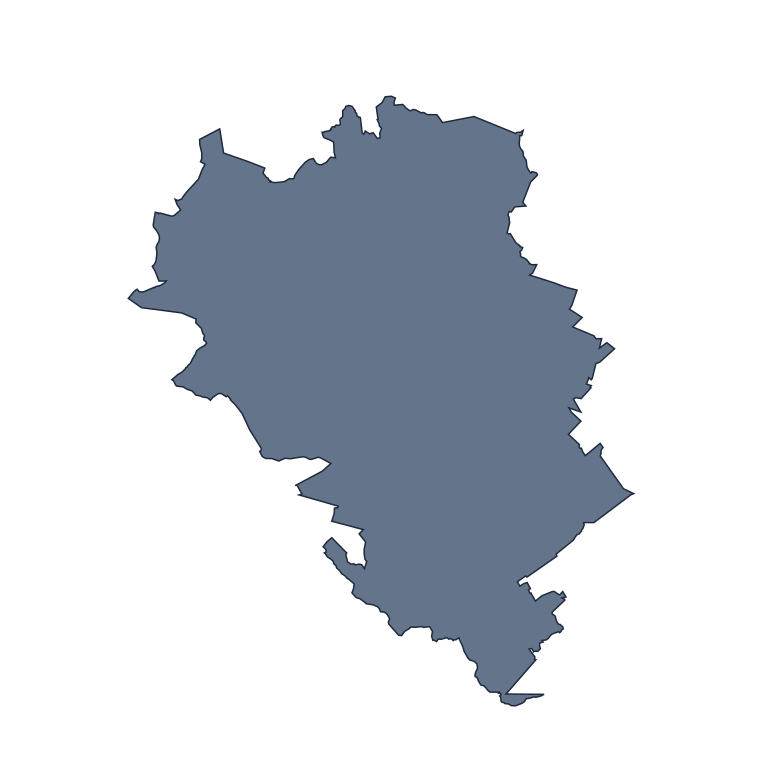 the district of Singuilucan, Hidalgo, Mexico, rotated 194°
{"feature_id": "50627088B74262052277311", "entity_name": "Singuilucan", "entity_type": "district", "adm_level": 2, "iso_a3": "MEX", "parent_name": "Mexico", "parent_adm1": "Hidalgo", "projection": "orthographic", "projection_center": [-98.495, 19.998], "detail": "fine", "context": "isolated", "style": "filled", "palette": "slate", "viewbox_px": 768, "rotation_deg": 194, "n_neighbors": 0, "source": "geoboundaries", "source_scale": "gbopen_adm2", "svg_char_len": 6171}
<svg xmlns="http://www.w3.org/2000/svg" viewBox="0 0 768 768"><g transform="rotate(194 384 384)"><path d="M326.8,162.2L324.9,161.0L321.6,157.4L322.3,154.4L321.3,152.2L309.1,143.8L306.1,144.1L304.0,149.1L300.1,152.9L299.5,154.6L294.5,155.6L288.6,157.8L287.0,157.3L281.1,159.6L277.1,155.7L276.8,150.9L274.6,147.1L273.6,147.6L270.7,146.8L269.6,149.7L267.0,150.0L261.5,153.2L259.3,152.1L258.0,153.0L256.8,152.9L254.8,151.8L254.2,152.7L252.4,153.2L250.1,155.8L243.9,148.1L241.6,144.0L236.4,138.5L233.6,136.8L229.8,136.9L226.1,134.9L224.8,131.9L224.6,129.9L225.4,126.4L225.2,122.7L222.0,120.9L220.5,118.6L217.3,115.4L213.6,115.2L208.5,111.5L206.8,110.7L197.7,112.8L198.0,111.8L196.9,112.2L195.2,111.1L196.3,109.3L195.0,108.2L193.7,104.6L192.7,103.7L190.3,103.8L189.5,103.2L185.3,103.6L182.7,102.7L178.5,103.6L172.9,107.5L171.1,109.5L169.7,113.1L165.9,114.7L163.2,116.6L161.1,116.7L156.3,119.2L153.6,121.6L190.6,112.7L169.9,153.2L171.3,153.3L171.5,155.6L179.1,161.9L177.2,163.0L176.3,162.8L174.1,160.5L174.0,160.9L170.1,161.8L168.2,165.0L169.8,167.8L170.2,170.4L167.2,172.0L168.7,173.3L164.8,174.9L163.2,176.6L161.2,181.0L160.2,182.2L154.6,186.0L153.6,185.1L153.1,185.5L152.3,186.9L152.1,188.4L150.8,189.8L151.8,191.6L154.9,193.3L156.4,193.1L157.8,194.2L159.4,195.9L161.8,200.3L165.2,201.6L165.7,203.2L156.3,217.9L156.6,218.8L159.5,219.4L155.9,221.4L160.4,225.9L162.4,222.1L164.0,222.1L168.7,223.9L170.5,223.3L179.5,216.8L184.6,210.0L190.9,216.8L191.7,216.2L192.9,217.7L194.1,219.3L192.4,220.9L197.1,226.0L199.8,224.3L203.3,220.8L206.7,224.4L200.2,232.0L198.6,231.2L174.6,258.8L175.7,260.8L162.5,278.3L161.3,282.2L159.9,285.0L158.4,285.7L157.6,287.8L156.7,288.8L157.0,290.6L156.1,291.6L155.7,295.8L156.8,297.8L146.8,300.3L117.6,336.3L115.2,338.0L126.3,340.3L156.9,366.6L156.5,369.2L157.4,372.1L156.1,375.4L159.9,378.7L171.3,363.2L174.8,366.3L176.9,369.5L178.2,369.1L179.2,369.8L179.8,372.5L192.9,379.8L184.0,395.6L195.4,402.0L198.8,405.6L186.2,404.4L196.6,415.2L194.6,417.2L189.2,417.5L182.3,430.3L183.3,430.8L182.4,432.6L187.5,432.9L186.8,439.7L184.0,438.2L183.3,439.5L183.3,455.1L180.1,457.2L168.8,474.0L177.8,478.0L183.7,470.9L183.8,480.7L189.2,479.2L191.9,481.5L214.7,485.0L207.8,496.5L222.1,501.5L220.8,505.7L219.4,521.8L231.6,521.9L243.5,523.3L269.0,524.9L266.6,527.7L264.7,536.8L269.8,535.4L271.3,536.1L272.2,535.8L272.8,537.1L275.6,539.1L279.0,540.4L280.2,540.2L282.4,540.9L282.8,542.9L284.2,545.2L282.9,546.9L282.5,550.0L285.6,550.3L285.6,551.1L290.0,552.8L297.9,560.5L299.2,559.7L301.1,560.3L301.1,571.2L302.4,573.8L302.8,575.7L304.7,578.2L304.2,581.7L302.1,581.7L299.9,587.5L289.4,591.0L293.3,593.9L290.6,615.4L285.7,623.7L285.9,624.6L287.6,625.9L291.9,625.8L292.1,624.7L292.9,624.3L296.0,627.1L297.8,629.3L300.2,635.6L303.8,638.8L305.3,643.1L308.4,645.5L310.0,647.6L310.9,649.8L311.9,655.9L312.6,657.6L310.7,658.2L310.4,658.8L310.4,663.7L312.4,661.4L316.0,660.2L316.8,658.9L361.4,665.3L390.4,651.8L397.8,658.1L407.5,655.8L410.4,656.9L412.1,656.9L413.1,656.0L419.0,657.5L422.0,657.5L424.4,655.5L426.0,655.7L429.5,657.2L433.4,659.8L441.4,657.0L442.5,659.6L442.1,664.2L446.4,665.0L452.3,663.0L453.9,656.6L458.5,650.9L453.8,639.4L454.6,638.9L451.9,635.6L451.0,633.5L448.3,631.4L448.8,626.1L447.3,622.2L449.8,620.6L455.5,625.3L458.4,623.2L463.4,624.9L464.0,621.5L465.9,622.3L471.4,636.8L472.3,637.1L473.2,636.7L473.8,637.3L474.9,637.4L476.1,640.1L477.3,640.5L478.2,641.8L478.0,642.2L482.3,645.7L485.9,645.7L488.3,644.0L488.5,641.7L490.1,639.6L490.2,638.9L488.7,633.5L490.6,630.6L490.7,629.5L489.3,626.2L489.4,624.8L491.4,623.7L492.9,623.8L493.6,623.2L493.9,621.4L494.5,621.5L494.5,621.8L496.6,620.8L497.5,618.2L496.9,618.2L497.7,616.8L502.9,614.4L503.0,613.8L505.0,613.3L503.3,610.1L501.5,608.4L495.2,607.6L491.3,606.4L488.5,596.8L485.8,591.7L490.6,591.2L493.6,585.1L497.8,581.5L500.2,581.0L503.6,582.1L507.1,585.7L510.9,583.7L514.0,580.2L518.6,571.6L521.1,564.7L521.1,561.8L521.7,561.1L525.4,560.4L529.3,556.6L531.5,555.4L539.0,552.9L543.5,552.6L542.9,553.4L545.8,554.5L546.0,555.4L548.4,556.3L552.4,559.4L551.9,564.7L570.3,567.0L595.5,569.3L605.1,591.8L622.1,576.7L620.6,571.7L616.6,563.9L615.3,558.4L615.8,555.3L610.8,553.9L612.3,548.0L613.6,537.8L621.6,523.2L624.5,516.6L624.7,515.0L628.4,512.1L631.3,512.7L628.4,508.3L623.4,503.6L628.4,496.7L630.4,495.5L642.9,495.7L644.0,494.6L644.9,495.5L647.5,495.3L646.4,482.2L645.4,480.4L642.0,478.0L638.2,473.9L637.1,471.0L636.9,467.7L638.0,464.2L638.1,461.3L636.0,456.2L635.0,448.2L635.7,444.7L637.3,442.1L633.2,437.9L627.2,429.4L620.2,431.3L621.2,429.2L624.8,425.5L629.2,423.2L629.8,421.9L630.4,422.2L638.7,415.9L640.9,414.7L643.8,414.4L646.5,416.2L647.1,415.7L648.8,413.5L652.8,405.2L637.8,399.4L597.8,404.0L582.1,401.6L581.4,397.8L574.7,393.8L572.0,389.2L570.0,387.8L569.8,386.5L570.1,385.0L569.5,383.0L566.7,381.7L566.1,380.6L567.4,378.0L571.0,374.6L573.9,370.8L574.1,367.9L575.9,362.0L576.9,357.0L578.4,355.2L579.2,352.8L580.2,352.1L580.6,350.4L583.3,346.2L586.2,343.5L590.9,336.8L588.8,336.1L586.1,332.7L584.5,331.8L578.2,332.6L574.0,331.3L568.5,330.8L563.8,327.7L559.5,328.0L557.1,327.5L552.0,327.9L548.5,326.2L546.7,329.8L542.4,334.6L539.7,335.4L534.0,333.5L532.9,334.7L529.3,332.2L529.4,331.6L522.8,327.6L514.4,320.9L503.1,306.9L487.3,291.7L487.3,289.9L488.3,288.4L484.9,284.5L483.2,283.7L480.6,283.2L474.7,284.5L467.4,283.8L462.1,288.0L457.1,288.7L445.1,293.8L442.5,294.0L438.2,293.0L436.3,293.2L430.2,297.0L427.8,297.0L416.3,294.0L422.9,284.4L445.7,263.9L444.1,265.0L437.0,257.4L439.6,255.8L398.9,254.4L399.0,252.8L402.0,251.7L401.0,246.1L401.5,238.2L368.9,237.7L371.9,232.6L363.6,226.2L363.3,218.9L362.3,214.7L360.0,209.2L357.8,207.5L358.3,200.1L361.8,203.2L364.0,203.4L368.1,201.6L369.6,202.3L372.6,201.3L376.2,202.6L379.7,208.9L379.3,211.0L397.5,222.2L401.1,217.2L403.7,211.3L400.6,209.6L399.8,208.1L399.8,206.4L401.1,205.9L400.9,205.5L400.0,205.3L397.1,202.5L393.6,201.4L390.1,199.4L389.4,197.5L386.4,195.9L385.7,194.2L381.8,192.0L379.1,189.6L375.3,188.4L372.4,186.3L371.4,186.2L364.6,182.8L364.1,178.1L364.6,173.6L359.3,170.0L355.9,169.9L350.9,168.1L348.1,166.5L341.2,167.1L336.4,166.3L334.5,165.2L332.5,162.5L331.7,162.1L329.2,162.7L326.8,162.2Z" fill="#64748b" stroke="#1e293b" stroke-width="1.5"/></g></svg>